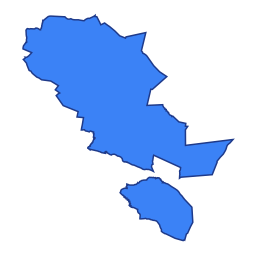 the district of Morelos, México, Mexico
{"feature_id": "50627088B14737747696795", "entity_name": "Morelos", "entity_type": "district", "adm_level": 2, "iso_a3": "MEX", "parent_name": "Mexico", "parent_adm1": "México", "projection": "mercator", "projection_center": [-99.637, 19.725], "detail": "fine", "context": "isolated", "style": "filled", "palette": "blue", "viewbox_px": 256, "rotation_deg": 0, "n_neighbors": 0, "source": "geoboundaries", "source_scale": "gbopen_adm2", "svg_char_len": 5723}
<svg xmlns="http://www.w3.org/2000/svg" viewBox="0 0 256 256"><path d="M63.2,105.6L78.1,111.6L77.0,117.0L83.5,117.6L82.3,124.8L81.7,127.6L81.3,130.0L82.4,130.0L84.4,129.7L85.4,130.9L87.4,131.3L89.3,131.9L90.1,131.1L90.6,131.0L91.2,131.2L91.7,131.6L92.3,131.7L92.8,131.6L93.1,132.3L93.6,132.3L93.3,133.3L93.5,133.9L94.0,134.0L93.7,135.0L93.8,135.4L93.6,136.0L93.4,137.3L93.6,137.9L93.8,137.9L93.9,137.4L94.3,137.3L94.6,137.7L95.0,137.9L94.8,138.6L94.6,138.7L94.4,138.5L94.1,138.7L94.1,139.2L93.8,139.2L93.6,139.5L93.3,140.5L93.0,140.9L92.9,142.0L92.5,142.1L92.0,142.6L92.0,143.3L91.2,143.7L91.2,144.0L90.7,144.3L90.3,145.0L90.4,145.8L90.2,145.9L89.8,145.8L89.7,146.0L90.0,146.3L89.8,146.5L88.7,146.7L88.2,147.1L87.8,147.7L87.8,148.2L88.6,148.6L88.8,149.0L90.1,149.3L90.0,149.8L90.4,149.9L90.5,149.4L94.1,150.2L95.7,150.6L97.7,151.0L98.5,151.4L100.1,151.8L100.4,151.9L100.7,152.2L101.0,152.2L101.5,152.6L105.6,153.4L105.9,152.1L105.2,151.9L105.4,151.7L105.8,151.5L106.3,151.5L106.7,151.8L107.2,152.8L109.9,154.5L111.4,155.0L111.8,154.6L112.4,154.4L113.9,154.2L114.7,154.3L116.3,155.1L116.9,155.6L117.8,156.1L118.4,156.1L119.1,156.3L120.6,156.9L122.2,158.6L122.5,160.1L122.7,160.8L123.2,161.3L124.0,161.8L124.7,161.7L124.7,161.8L125.0,161.7L125.7,161.9L125.9,162.1L126.5,162.2L126.8,162.0L127.3,162.3L127.3,162.2L132.2,164.8L134.2,165.2L138.2,167.0L139.3,167.3L139.8,167.6L140.9,168.0L143.0,169.3L144.7,169.6L146.0,169.3L147.0,169.3L147.9,169.5L148.8,169.4L151.3,170.3L153.4,171.4L151.8,167.6L151.6,167.1L151.5,166.5L151.9,164.9L152.1,164.5L153.0,164.2L152.5,161.4L152.5,161.1L152.6,160.4L152.8,160.3L153.4,156.0L153.7,155.2L180.6,167.5L180.4,169.4L180.1,170.4L179.7,170.7L179.6,171.5L179.8,172.8L179.7,173.9L179.9,174.2L179.9,174.7L179.7,175.0L179.5,178.2L180.9,177.2L212.2,174.7L217.1,162.3L217.0,161.3L220.3,157.2L223.3,154.1L225.3,150.7L226.0,149.2L226.9,146.2L227.5,145.0L228.9,143.7L229.9,143.0L233.0,139.5L185.5,145.4L185.4,129.8L187.7,126.4L185.4,126.2L185.8,123.4L178.9,121.9L173.0,116.3L172.7,116.4L172.6,116.2L171.8,116.5L171.6,115.9L171.4,115.6L169.9,115.0L168.5,113.3L168.6,113.1L168.2,112.7L168.4,112.4L167.5,111.7L166.7,110.7L166.2,110.8L166.2,109.5L165.0,109.3L165.0,108.4L164.5,108.2L163.5,107.0L162.8,105.6L162.7,104.7L147.0,105.4L150.8,89.2L152.3,89.4L166.8,76.6L159.6,71.8L153.7,65.7L146.9,56.0L145.9,55.0L144.3,53.9L142.8,53.2L142.5,52.1L142.3,51.9L141.4,50.8L145.8,32.6L126.0,36.9L125.5,38.1L119.7,35.8L114.9,31.0L109.5,26.5L108.1,25.6L104.6,23.0L100.8,24.8L99.6,22.2L96.8,16.7L94.9,16.5L95.0,16.4L95.1,15.4L94.2,16.1L92.1,17.2L91.1,17.6L89.5,18.4L88.1,18.3L87.2,18.6L85.1,19.7L84.4,20.6L83.4,20.7L79.8,20.1L78.5,19.8L74.9,19.8L73.0,19.6L71.8,19.2L70.9,18.7L69.1,19.2L68.2,19.1L67.4,18.9L66.8,18.5L66.1,18.0L64.9,16.8L50.9,16.1L49.3,16.2L48.1,16.6L43.3,20.5L43.2,20.7L42.8,20.5L42.8,21.8L42.7,22.2L42.5,22.3L42.4,23.4L42.1,23.8L42.1,24.5L41.8,25.3L41.8,26.2L41.6,27.0L41.3,27.7L41.4,28.1L40.5,29.4L40.5,29.8L39.7,29.7L38.7,28.9L37.5,28.3L36.6,28.1L35.7,28.1L35.4,28.3L35.5,28.5L34.4,28.9L33.8,28.9L30.5,28.7L29.5,29.0L27.4,28.6L26.8,29.0L26.0,30.2L26.2,33.9L26.2,34.5L26.4,36.3L26.7,36.9L26.7,37.3L26.7,38.6L26.5,39.4L26.4,40.1L26.6,41.4L26.5,41.6L26.6,41.8L26.4,42.0L26.6,42.3L26.4,42.5L26.2,42.4L26.0,42.5L25.8,42.4L25.7,42.6L25.2,43.7L24.7,44.0L24.6,44.3L23.5,45.8L23.1,47.5L23.0,48.9L31.7,52.6L31.0,53.5L28.8,55.8L27.5,56.8L26.6,57.3L25.1,57.2L25.3,57.5L25.4,57.8L25.3,58.0L24.3,58.8L23.3,59.4L26.5,63.2L26.9,64.8L27.7,66.9L29.1,70.4L29.4,70.6L31.0,71.2L31.8,72.7L33.2,74.1L36.8,77.1L39.0,78.0L41.6,79.8L50.7,81.0L58.4,85.7L55.3,89.8L59.7,93.0L58.1,93.9L56.2,95.6L63.2,105.6ZM192.8,222.3L191.9,207.2L184.2,199.0L183.9,198.4L183.6,198.3L182.2,196.2L181.2,195.2L179.9,193.8L179.1,192.4L178.4,191.5L177.4,190.4L175.0,188.7L171.4,186.5L168.0,184.1L166.6,183.6L166.0,183.6L164.8,182.8L163.2,182.7L163.5,182.5L163.4,182.1L163.1,182.1L162.9,181.8L162.7,182.0L162.6,181.9L162.1,181.4L161.8,181.4L161.7,181.1L161.5,180.8L161.1,180.4L161.1,180.1L160.9,179.7L160.5,179.8L160.3,179.4L160.4,179.1L160.2,179.0L160.0,178.7L159.8,178.6L159.1,178.0L159.0,177.8L158.3,177.8L158.0,178.0L157.7,177.8L157.2,177.7L156.7,178.3L156.2,178.2L155.9,178.4L155.9,178.0L155.5,177.6L154.6,177.9L153.8,177.5L153.4,177.6L153.2,177.4L152.7,177.6L151.6,177.4L150.8,177.5L150.0,177.3L149.2,177.4L147.9,178.3L147.2,179.0L146.7,180.0L143.8,180.1L141.4,180.6L140.9,181.1L139.6,181.6L139.5,182.2L139.2,182.6L138.7,182.9L137.9,183.2L137.7,182.8L137.3,183.4L136.3,184.4L135.8,184.5L135.2,184.4L133.7,185.1L130.4,185.1L128.7,184.9L128.0,184.4L126.8,184.1L126.9,185.2L127.2,185.5L126.9,186.0L126.6,186.1L126.2,186.8L126.2,187.1L127.3,188.0L127.1,188.5L126.3,188.3L125.1,188.2L124.2,188.3L121.8,189.4L121.0,190.2L120.5,192.3L120.2,192.4L120.1,192.6L120.5,193.2L122.4,195.0L123.0,195.5L123.4,195.4L123.6,195.8L124.4,196.4L124.0,196.9L124.1,197.2L124.6,197.2L125.0,196.9L125.3,197.1L125.3,198.0L126.7,198.2L126.3,198.9L128.0,199.4L127.7,199.6L127.4,199.7L127.4,200.1L128.6,200.3L128.6,200.7L128.7,201.3L129.6,201.2L129.8,201.9L130.0,203.2L129.9,203.2L130.3,203.5L129.7,204.1L129.9,204.4L129.6,204.7L130.1,205.0L129.7,205.3L130.7,205.5L130.0,206.2L130.7,206.7L130.8,206.6L132.3,207.3L132.2,207.4L132.6,207.5L133.1,207.4L134.3,207.8L137.0,209.2L137.7,209.4L137.5,210.3L137.8,211.8L138.4,212.9L139.6,213.7L140.2,215.0L139.9,218.8L140.9,218.9L143.6,218.7L145.8,218.4L146.8,219.0L148.2,218.9L149.9,219.1L150.2,219.5L152.4,220.0L153.0,220.3L154.4,220.4L156.1,220.9L156.4,220.9L157.4,221.9L159.7,225.1L159.7,225.6L160.5,227.9L161.4,229.4L161.4,231.3L162.7,232.4L165.0,233.7L165.6,233.7L175.1,238.3L183.2,240.6L184.0,239.9L184.3,239.8L184.7,240.1L186.4,234.0L187.6,233.2L190.5,226.7L192.8,222.3Z" fill="#3b82f6" stroke="#1e3a8a" stroke-width="1.5"/></svg>